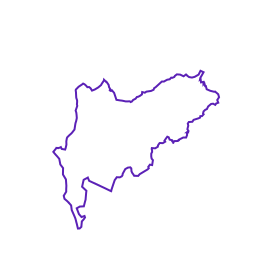 San Juan, Puerto Rico (Natural Earth projection), rotated 239°
{"feature_id": "32010507B17072559885930", "entity_name": "San Juan", "entity_type": "district", "adm_level": 2, "iso_a3": "PRI", "parent_name": "Puerto Rico", "parent_adm1": "", "projection": "natural_earth1", "projection_center": [-66.066, 18.384], "detail": "fine", "context": "isolated", "style": "outline", "palette": "violet", "viewbox_px": 256, "rotation_deg": 239, "n_neighbors": 0, "source": "geoboundaries", "source_scale": "gbopen_adm2", "svg_char_len": 3556}
<svg xmlns="http://www.w3.org/2000/svg" viewBox="0 0 256 256"><g transform="rotate(239 128 128)"><path d="M147.8,56.4L147.7,56.3L146.0,51.7L144.4,51.9L141.5,52.4L141.2,52.5L137.0,53.2L133.7,52.0L131.6,51.2L130.6,51.3L128.9,51.5L127.0,51.7L126.6,51.4L123.9,49.7L123.7,49.6L122.5,48.8L121.6,48.3L118.1,48.3L116.5,48.3L115.9,48.3L110.2,45.4L107.5,43.6L105.7,42.5L105.2,42.2L103.0,38.0L102.3,37.8L100.0,37.1L96.7,38.2L95.6,38.5L94.4,38.7L94.4,38.8L91.3,39.3L91.0,39.4L86.6,37.5L83.4,37.1L81.0,36.8L78.2,36.4L77.7,36.3L77.2,36.2L75.8,35.8L74.7,35.5L74.6,35.4L72.8,34.9L72.7,34.9L69.6,33.9L67.6,33.3L66.8,34.8L67.3,37.1L69.1,38.4L71.1,39.9L71.7,40.3L72.2,41.9L72.3,42.3L72.4,42.5L72.5,42.9L72.6,43.2L73.5,45.1L75.0,45.4L75.6,42.3L79.5,41.6L85.6,42.7L85.6,42.9L85.5,44.8L85.5,46.2L83.6,49.8L86.7,52.9L88.5,54.8L89.5,55.5L94.2,58.9L95.6,60.0L101.3,58.4L101.9,59.0L102.0,59.1L105.5,62.4L106.4,63.3L106.4,63.9L106.3,65.8L106.3,66.0L106.2,67.3L106.2,68.0L105.8,67.9L105.5,67.9L105.4,67.9L104.2,67.7L102.7,67.5L88.6,77.0L83.1,80.6L82.5,81.0L82.7,81.3L83.3,81.7L85.8,84.6L90.2,89.8L90.8,91.3L91.6,93.0L89.9,95.6L89.8,97.8L90.3,98.9L91.5,99.9L94.2,104.5L94.1,107.5L93.1,109.7L91.7,110.0L90.9,109.6L89.1,108.7L87.4,108.5L85.1,108.7L84.2,108.6L83.8,108.7L81.8,112.0L81.7,112.1L82.4,114.3L82.4,123.5L82.8,125.1L84.2,125.3L85.3,127.9L83.8,129.6L87.6,132.8L88.8,132.6L89.6,132.5L91.5,133.2L94.0,134.7L94.6,135.6L95.0,136.3L96.6,137.2L97.8,137.5L98.5,138.1L96.6,140.8L96.6,143.9L97.5,144.6L98.0,145.4L98.8,147.3L98.8,147.5L97.1,150.0L97.1,152.8L98.3,152.7L99.2,154.6L99.3,154.8L100.3,157.2L99.1,158.1L96.6,157.7L94.8,159.5L93.8,159.0L92.8,159.8L91.5,158.5L93.0,160.8L91.2,164.0L91.3,165.3L91.8,165.4L91.4,170.4L89.9,172.9L91.6,175.1L93.4,175.9L93.0,178.0L94.0,176.3L94.3,178.3L96.4,178.3L99.0,180.9L101.0,181.5L101.8,183.2L100.2,186.4L101.2,188.4L100.0,193.4L99.8,195.1L100.9,196.1L100.1,197.6L100.8,199.9L101.8,199.8L103.3,201.3L103.8,203.5L103.6,205.4L105.2,207.8L105.8,211.6L105.0,213.5L102.9,214.7L103.6,216.2L103.2,218.4L106.0,218.9L107.5,221.9L110.5,222.7L114.4,221.4L114.6,220.6L117.5,217.7L120.7,215.4L123.8,216.3L124.1,215.7L127.0,216.5L126.6,215.2L128.7,216.4L129.5,214.1L132.7,215.5L132.6,214.8L133.7,215.8L136.9,221.5L139.7,219.6L137.4,216.0L137.5,211.5L138.3,208.8L140.2,206.6L142.3,205.7L143.2,205.6L144.0,205.3L143.7,202.3L146.9,200.2L148.8,197.5L148.5,195.0L147.9,194.0L148.2,191.8L148.9,191.0L148.3,188.8L149.2,186.5L149.3,184.1L149.3,182.8L150.4,180.9L149.3,175.5L148.7,172.5L148.7,171.0L147.6,169.6L147.9,166.8L149.7,162.5L149.6,160.6L151.5,158.7L149.6,157.2L149.5,155.5L149.4,155.3L149.5,153.0L150.0,151.6L149.2,149.5L149.4,146.9L148.7,144.9L148.9,143.6L149.5,143.5L149.9,143.3L152.0,139.7L153.6,138.0L154.6,136.9L155.5,135.7L158.1,132.6L165.3,134.2L168.7,133.6L168.5,132.5L169.1,132.0L169.8,131.8L170.6,132.8L172.7,132.8L175.0,133.6L178.2,133.4L178.8,133.3L178.8,133.0L181.7,132.3L181.1,131.8L179.4,128.2L178.7,127.1L178.1,123.4L178.1,119.3L178.6,116.4L181.3,116.4L183.1,115.8L183.9,114.2L185.8,113.9L187.8,113.3L189.2,112.4L189.0,111.3L188.9,109.1L188.8,106.9L188.4,105.4L188.2,104.7L187.8,103.1L187.1,102.5L185.4,101.8L184.5,101.3L181.3,99.6L180.5,99.2L177.9,98.6L176.5,97.8L174.6,96.4L174.0,96.2L173.1,95.9L169.9,92.1L167.8,91.6L165.6,90.6L163.0,89.3L162.1,88.5L160.4,86.9L159.5,85.8L158.4,84.8L154.2,81.3L154.0,80.7L152.9,77.9L152.5,76.6L152.0,73.9L151.3,71.1L150.7,70.3L148.4,68.3L145.4,66.6L142.9,64.2L141.9,63.0L144.2,60.4L146.2,60.6L146.2,59.9L146.6,58.2L147.0,57.6L146.9,57.5L147.8,56.4Z" fill="none" stroke="#5b21b6" stroke-width="2"/></g></svg>